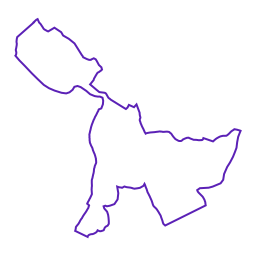 Grande Riviere, Gros Islet, Saint Lucia
{"feature_id": "8701671B51271106476031", "entity_name": "Grande Riviere", "entity_type": "district", "adm_level": 2, "iso_a3": "LCA", "parent_name": "Saint Lucia", "parent_adm1": "Gros Islet", "projection": "natural_earth1", "projection_center": [-60.952, 14.036], "detail": "fine", "context": "isolated", "style": "outline", "palette": "violet", "viewbox_px": 256, "rotation_deg": 0, "n_neighbors": 0, "source": "geoboundaries", "source_scale": "gbopen_adm2", "svg_char_len": 5765}
<svg xmlns="http://www.w3.org/2000/svg" viewBox="0 0 256 256"><path d="M15.4,55.7L19.3,60.3L24.9,66.0L31.9,73.4L38.0,79.4L43.8,84.9L49.0,88.2L54.6,90.6L61.6,92.8L66.2,93.4L69.5,92.3L72.6,89.8L74.4,86.8L77.5,86.0L80.7,87.1L86.3,90.9L90.1,94.2L94.7,96.1L97.8,96.6L99.9,96.6L102.5,97.7L103.2,100.8L102.9,104.3L101.3,108.4L98.8,109.4L98.5,110.0L98.3,110.8L97.9,111.5L97.4,112.4L96.6,114.1L96.3,114.7L95.9,115.5L95.6,116.0L95.1,116.8L94.2,119.0L93.8,119.6L93.5,120.4L93.1,121.4L92.2,123.8L91.9,124.4L91.7,125.2L91.4,126.1L91.1,127.1L90.7,128.8L90.5,129.8L90.1,131.2L90.0,131.8L89.6,133.6L89.4,134.3L89.4,135.0L89.5,136.3L89.4,137.2L89.5,137.8L89.6,138.6L89.6,140.5L89.8,141.2L89.8,142.1L90.1,143.2L90.4,143.8L91.0,145.4L91.3,146.0L91.8,146.9L92.4,148.1L92.7,149.2L92.9,150.1L93.2,150.8L93.5,151.5L93.8,152.3L94.2,153.2L94.5,153.8L95.1,155.6L95.3,156.3L95.5,157.1L95.7,157.9L96.0,159.0L95.9,159.6L96.1,160.5L96.1,161.2L96.2,162.2L96.1,163.0L95.8,163.7L94.7,166.3L94.6,167.3L94.4,167.8L94.1,168.7L93.9,170.4L93.9,171.1L93.7,172.2L93.6,172.9L93.4,173.7L93.2,174.4L93.0,175.3L92.6,177.1L92.5,177.8L91.9,179.7L91.8,180.1L91.8,180.5L91.8,181.3L91.8,183.2L91.9,185.1L91.9,186.2L91.7,187.8L91.7,188.7L91.6,189.1L91.9,194.1L91.6,194.8L91.3,195.5L90.7,196.7L90.2,197.9L89.7,198.7L89.2,199.7L89.0,200.2L88.6,200.9L88.2,201.6L87.7,202.5L87.2,203.7L87.9,204.2L88.2,204.6L88.7,204.9L89.1,205.4L88.6,206.8L88.5,207.2L88.4,207.8L87.5,209.2L86.3,211.3L85.3,212.8L84.3,214.2L83.1,216.0L82.6,216.9L81.8,218.4L81.3,218.9L80.9,219.5L80.1,220.8L79.6,221.9L79.2,222.5L78.9,223.1L78.6,223.6L78.4,223.9L77.4,225.1L76.6,226.1L76.1,226.7L75.9,227.2L75.8,227.8L75.8,228.3L75.3,230.7L75.2,230.9L87.6,236.9L87.7,236.4L88.0,235.9L88.5,235.3L88.9,235.0L89.4,234.7L90.4,234.4L91.1,234.2L92.5,234.1L93.2,233.9L94.4,233.4L96.1,232.4L96.5,232.0L96.9,231.6L97.2,231.1L97.6,230.3L99.3,231.1L100.1,231.2L100.9,231.2L101.4,231.0L102.5,230.7L103.0,230.5L103.7,230.2L104.8,227.6L106.0,226.5L107.6,225.7L108.8,223.8L108.8,221.3L108.5,217.5L108.1,214.8L107.1,211.7L104.3,208.5L103.6,206.3L105.3,205.7L106.9,206.3L109.9,205.7L114.4,204.1L117.6,199.4L118.3,193.2L117.2,186.6L118.3,187.0L119.8,187.4L121.2,187.5L122.0,187.8L122.6,187.5L123.5,187.0L124.4,186.5L124.8,186.6L125.4,186.8L126.3,187.1L127.0,187.2L127.6,187.3L128.5,187.4L129.5,187.5L130.0,187.6L130.9,187.7L131.4,187.9L132.3,188.1L133.0,188.4L133.6,188.5L134.4,188.7L137.3,188.3L139.0,188.0L140.0,187.8L143.5,185.8L144.5,183.9L145.0,184.9L145.3,185.8L145.5,186.3L145.8,187.3L146.1,188.0L146.5,188.8L146.8,189.8L147.1,190.7L147.4,191.7L147.6,192.3L148.1,193.2L148.7,194.3L149.0,195.0L149.5,195.9L150.3,197.7L150.8,198.8L151.3,199.9L151.6,200.6L152.3,202.6L152.8,204.3L153.3,205.6L153.8,206.3L154.4,206.9L154.9,207.4L155.4,207.8L156.7,209.2L158.4,211.8L159.8,214.2L160.1,214.7L160.6,215.5L160.8,216.1L161.1,217.1L161.9,219.3L162.3,220.4L162.5,221.0L162.9,222.6L163.3,223.6L163.6,224.1L164.2,224.6L164.7,225.0L165.2,225.5L205.7,205.4L205.6,204.8L205.4,203.4L205.3,202.5L205.2,201.9L204.9,201.2L204.6,200.2L204.3,199.5L203.5,198.1L203.2,197.5L202.8,196.9L202.2,196.2L198.6,192.6L198.3,192.2L198.0,191.9L197.7,191.4L197.5,190.9L197.2,190.1L199.9,188.2L203.6,188.0L208.7,187.7L212.7,186.6L220.6,183.3L223.2,179.8L224.1,174.0L227.2,166.9L230.0,162.5L233.0,156.8L234.9,152.1L236.5,147.8L237.2,142.0L238.2,136.8L239.8,132.7L240.6,130.8L240.4,130.7L237.0,129.7L234.3,129.2L233.9,129.7L232.5,130.5L231.1,131.5L229.3,133.4L228.0,134.6L226.5,135.7L225.0,135.8L223.0,135.8L222.1,136.0L221.2,136.2L220.4,136.4L219.1,137.0L217.1,138.1L215.6,139.1L215.1,139.6L214.5,140.0L214.1,140.5L213.3,141.1L213.0,141.4L203.4,138.1L203.3,138.5L203.0,139.2L202.4,139.9L201.6,140.0L201.1,140.2L200.4,140.1L199.7,140.2L198.7,140.2L197.3,140.0L196.7,139.9L195.1,139.8L194.4,139.8L193.7,139.8L192.1,139.2L191.4,138.9L191.0,138.8L189.9,138.3L189.3,138.1L188.7,137.7L187.0,137.8L185.6,138.3L184.4,138.8L183.6,139.2L182.9,139.5L182.4,140.1L181.6,140.7L181.0,141.0L179.1,141.0L178.8,140.9L177.9,140.5L177.1,140.0L176.6,139.8L175.2,138.9L174.7,138.3L174.3,137.8L173.8,137.3L173.1,136.4L172.3,135.3L171.8,134.5L171.3,133.8L170.8,133.3L170.1,132.9L169.5,132.2L168.9,131.9L168.1,131.8L167.5,131.7L166.6,131.7L165.9,131.7L164.5,131.8L163.6,131.9L162.9,131.9L162.1,131.7L161.5,131.6L160.6,131.6L160.0,131.4L159.3,131.5L158.6,131.6L157.0,131.8L156.1,131.9L154.9,132.1L150.0,132.5L146.8,133.1L145.7,133.6L145.6,133.3L144.9,132.5L144.1,130.7L143.8,130.0L143.5,129.4L143.2,128.6L142.7,127.8L141.6,125.5L141.3,124.6L140.7,123.4L140.4,122.1L140.1,121.5L139.9,120.7L139.7,120.1L139.9,119.0L140.3,118.1L140.4,117.3L140.2,116.7L139.9,115.6L139.7,114.3L139.6,112.7L136.5,104.4L134.0,107.2L128.9,104.9L127.5,107.6L125.9,109.0L124.7,108.3L110.8,99.7L109.7,98.7L109.0,98.3L108.6,97.9L108.3,97.6L106.5,94.4L106.2,93.9L105.8,93.4L105.4,93.1L105.0,92.9L104.2,92.7L102.5,92.5L100.1,92.2L99.6,92.1L99.4,92.1L98.9,91.8L98.2,91.2L97.6,90.7L96.6,89.9L90.1,84.4L93.6,80.1L94.0,78.7L94.2,78.3L95.5,76.1L95.8,75.4L96.3,74.8L96.7,74.0L97.3,73.1L97.6,72.7L99.0,72.0L99.8,71.4L100.3,71.0L101.0,70.6L101.4,70.1L102.0,69.6L101.4,67.3L98.9,65.0L97.9,63.1L96.7,60.9L95.7,59.3L93.8,58.3L91.2,59.5L90.8,59.9L89.2,59.9L87.5,59.3L86.5,58.9L85.3,58.3L84.7,58.0L83.7,57.5L83.2,57.3L82.8,56.5L82.5,55.9L81.9,55.2L74.5,43.4L68.8,38.8L63.1,35.5L61.2,32.2L54.4,27.7L52.1,29.1L48.2,31.4L47.3,31.1L46.7,30.7L46.1,30.4L44.5,29.5L44.0,29.1L43.5,28.6L43.0,27.7L42.6,27.1L42.2,26.4L41.7,25.8L41.2,24.9L40.4,23.8L39.1,22.5L37.6,19.1L37.4,19.2L36.3,19.8L33.6,22.3L33.8,22.5L17.2,37.1L17.1,37.7L16.9,38.3L16.8,39.0L16.7,39.7L16.6,40.6L16.5,41.5L16.6,42.7L16.8,43.5L16.7,45.2L16.3,47.5L16.2,48.1L15.8,49.8L15.9,50.6L16.1,51.4L16.3,52.1L16.3,52.8L16.3,53.3L16.2,53.8L16.1,54.5L15.9,55.0L15.4,55.7Z" fill="none" stroke="#5b21b6" stroke-width="2"/></svg>